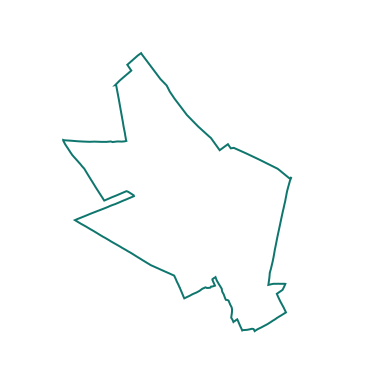 Juan C. Bonilla, Puebla, Mexico (Robinson projection), rotated 27°
{"feature_id": "50627088B68027240212637", "entity_name": "Juan C. Bonilla", "entity_type": "district", "adm_level": 2, "iso_a3": "MEX", "parent_name": "Mexico", "parent_adm1": "Puebla", "projection": "robinson", "projection_center": [-98.346, 19.122], "detail": "fine", "context": "isolated", "style": "outline", "palette": "teal", "viewbox_px": 384, "rotation_deg": 27, "n_neighbors": 0, "source": "geoboundaries", "source_scale": "gbopen_adm2", "svg_char_len": 3962}
<svg xmlns="http://www.w3.org/2000/svg" viewBox="0 0 384 384"><g transform="rotate(27 192 192)"><path d="M53.6,204.1L53.8,204.5L54.2,204.9L54.7,205.2L56.4,206.4L56.9,206.8L58.1,207.5L60.0,208.6L61.5,209.4L62.8,210.2L64.1,210.9L65.4,211.7L66.7,212.4L68.5,213.4L68.8,213.5L69.3,213.7L70.5,214.2L72.6,215.0L76.7,216.6L77.2,216.8L77.9,217.1L79.0,217.5L79.3,217.6L80.2,218.0L80.9,218.3L81.2,218.4L81.4,218.5L81.9,218.8L82.3,219.0L82.7,219.1L83.3,219.3L83.7,219.5L84.6,219.8L85.2,220.0L91.8,224.1L98.1,227.9L104.5,231.8L111.2,235.7L117.7,239.5L121.0,235.5L122.3,233.9L123.1,232.9L125.7,230.0L129.3,225.7L130.7,224.0L132.8,221.5L133.1,221.1L134.0,220.9L135.1,220.8L136.3,220.9L137.3,221.0L141.1,221.4L142.3,221.6L142.6,221.4L142.3,221.9L140.2,224.4L139.0,225.8L137.1,228.1L135.9,229.5L134.4,231.2L131.8,234.4L130.6,235.8L129.1,237.6L128.6,238.1L126.8,240.0L125.8,241.1L124.9,242.2L123.6,243.8L121.6,246.1L119.0,249.0L114.5,254.0L111.3,257.6L108.5,260.9L106.5,263.2L103.7,266.4L102.2,268.1L100.5,270.2L104.3,270.5L107.3,270.7L109.7,270.8L113.0,270.9L115.8,271.1L118.7,271.3L121.3,271.4L124.1,271.6L126.9,271.8L129.0,272.0L131.8,272.2L133.9,272.3L135.3,272.3L136.7,272.4L138.2,272.5L140.1,272.6L142.1,272.8L144.2,272.9L146.7,273.0L148.7,273.1L150.9,273.2L152.7,273.3L155.4,273.5L157.7,273.6L159.8,273.7L162.3,273.9L163.1,273.9L163.5,273.9L164.9,274.0L166.5,274.1L171.9,274.6L177.2,275.0L179.0,275.2L180.7,275.3L182.0,275.4L183.1,275.5L187.4,275.8L188.5,275.9L192.0,275.7L202.5,275.2L209.5,274.8L209.9,274.8L214.1,274.6L214.8,275.2L216.4,276.4L218.8,278.4L218.9,278.5L222.5,281.2L224.3,282.7L224.5,282.7L225.8,283.9L228.3,286.0L229.6,287.1L231.5,288.7L231.7,288.9L233.4,290.3L233.5,290.2L235.1,288.0L236.2,286.6L237.0,285.6L237.7,284.5L238.2,283.8L238.8,282.9L241.7,279.4L243.3,277.1L243.6,276.6L245.2,273.4L246.5,271.9L246.9,271.3L247.4,270.8L247.8,270.8L248.2,270.8L248.6,270.8L249.7,270.3L251.1,269.4L251.8,268.8L251.9,267.7L253.1,266.9L253.6,266.4L255.0,265.0L250.5,261.4L250.1,261.0L250.0,260.9L249.9,260.7L249.8,260.4L250.7,258.7L251.5,257.4L251.6,257.2L254.1,259.5L257.6,261.8L262.1,264.5L262.3,264.6L264.2,267.1L266.7,268.8L269.7,271.6L271.1,272.7L271.9,272.4L273.1,272.1L274.0,272.3L276.6,274.5L277.0,274.9L279.6,276.7L281.0,278.4L282.2,281.0L284.0,286.2L286.3,287.6L287.9,289.0L288.0,288.7L288.4,288.0L289.4,286.3L289.4,286.1L289.8,285.4L290.1,284.9L291.8,286.2L295.0,288.9L297.0,290.5L297.6,290.9L299.6,292.6L300.2,291.9L303.0,290.2L303.9,289.6L304.7,289.0L305.3,288.5L305.8,288.1L307.1,287.0L307.3,286.8L307.5,286.7L308.2,286.4L308.9,286.2L309.1,286.2L309.4,286.3L311.0,287.5L312.0,285.7L312.8,284.4L314.0,282.8L315.3,281.1L316.6,279.2L318.6,276.4L319.4,275.2L321.3,272.0L321.4,271.8L322.4,270.0L323.0,269.1L323.6,268.1L324.1,267.2L324.8,265.8L324.9,265.6L330.4,256.6L325.9,253.2L320.5,249.5L316.2,246.2L313.8,244.2L317.1,238.1L317.1,234.8L316.9,231.5L316.5,231.6L312.4,233.7L310.7,234.5L306.1,236.9L302.2,240.1L301.6,238.3L300.6,235.4L299.6,232.6L298.0,228.7L297.1,224.2L296.3,221.0L295.6,218.0L294.4,213.6L293.8,211.6L291.7,204.8L291.2,202.8L288.5,193.3L285.9,183.6L285.7,182.8L283.5,174.7L283.3,173.9L281.5,167.1L281.3,166.1L279.9,160.8L279.3,158.2L278.3,154.9L277.9,153.4L276.7,149.4L276.0,146.5L274.2,137.7L273.8,133.6L273.1,135.7L257.8,132.4L237.1,132.6L223.0,133.0L209.2,133.7L206.7,135.5L202.3,133.1L197.7,142.2L186.3,136.3L184.4,135.3L181.9,134.7L167.6,130.8L152.5,125.7L142.0,120.6L134.3,116.9L126.7,112.7L121.1,108.6L112.6,105.7L85.2,92.3L83.6,91.4L81.7,95.1L76.6,108.0L82.8,111.4L78.5,121.8L77.0,125.5L75.1,131.5L75.7,131.0L84.6,142.5L92.0,152.3L99.2,161.8L100.7,163.9L101.0,164.3L101.7,165.2L102.0,165.6L103.1,167.0L105.4,169.9L106.6,171.6L109.1,174.9L110.0,176.0L110.3,176.3L108.8,177.6L106.3,179.1L102.8,180.7L99.8,182.7L98.7,183.5L96.6,183.9L93.0,186.2L88.4,188.5L84.6,190.3L82.4,191.3L79.7,192.8L77.7,193.9L71.6,196.7L67.3,198.6L62.2,200.7L61.2,201.1L57.5,202.7L54.4,204.0L53.6,204.1Z" fill="none" stroke="#0f766e" stroke-width="2"/></g></svg>